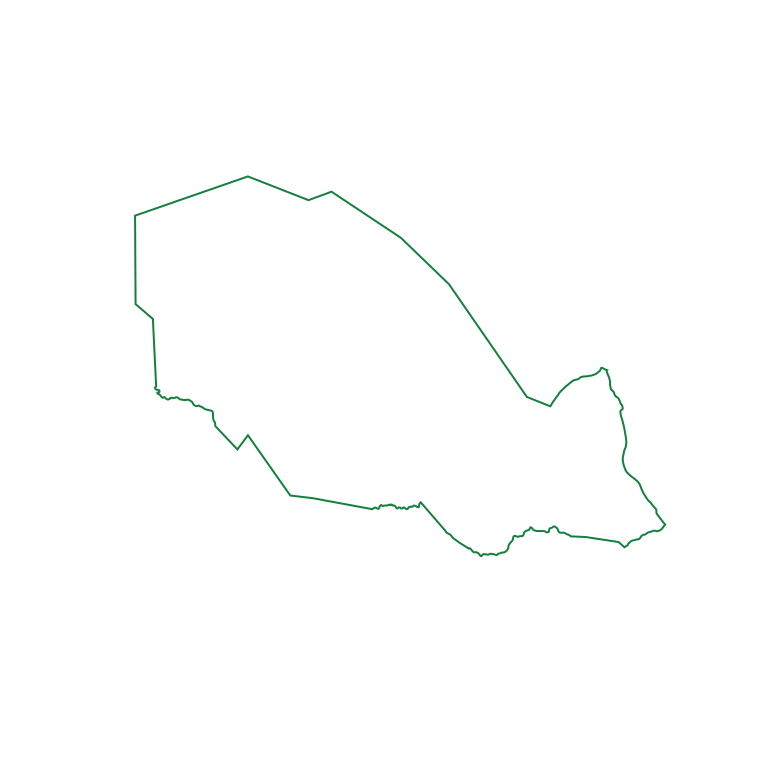 Olá, Coclé, Panama, rotated 141°
{"feature_id": "35544464B52438824154031", "entity_name": "Olá", "entity_type": "district", "adm_level": 2, "iso_a3": "PAN", "parent_name": "Panama", "parent_adm1": "Coclé", "projection": "equal_earth", "projection_center": [-80.675, 8.498], "detail": "fine", "context": "isolated", "style": "outline", "palette": "green", "viewbox_px": 768, "rotation_deg": 141, "n_neighbors": 0, "source": "geoboundaries", "source_scale": "gbopen_adm2", "svg_char_len": 6130}
<svg xmlns="http://www.w3.org/2000/svg" viewBox="0 0 768 768"><g transform="rotate(141 384 384)"><path d="M299.9,105.8L299.0,105.8L296.1,105.4L295.8,105.5L295.1,106.0L294.8,106.1L291.0,106.4L290.5,106.3L289.7,106.1L287.3,104.9L285.5,104.2L284.1,103.3L283.6,103.0L283.0,103.0L281.7,103.2L281.1,103.3L280.3,103.7L279.4,103.9L278.0,103.8L277.6,103.7L276.5,103.0L276.0,102.8L274.5,102.6L272.7,102.5L271.3,102.1L269.6,101.2L267.3,100.6L266.4,100.0L265.9,99.6L264.6,97.9L264.2,97.6L263.6,97.3L262.9,97.0L262.0,96.7L260.2,96.5L259.2,96.6L257.8,96.9L255.9,97.4L254.0,97.7L254.0,98.8L254.0,101.2L253.7,111.3L253.6,112.0L253.3,112.4L251.8,114.5L251.6,115.0L251.4,115.8L251.4,116.6L251.5,118.2L251.6,122.1L251.4,124.0L251.7,125.3L251.9,127.4L251.7,130.7L251.2,134.8L251.0,136.3L250.6,138.0L249.8,140.7L248.7,144.1L248.4,145.3L248.3,146.6L248.3,148.5L248.6,150.7L248.9,152.3L249.7,155.5L250.1,157.3L250.6,160.3L250.7,161.5L250.8,162.6L250.7,163.8L250.4,165.2L250.0,166.6L249.0,169.5L247.7,172.3L246.6,174.2L245.5,175.7L244.0,177.1L241.0,179.6L238.7,181.4L236.3,182.6L235.1,183.5L233.0,185.5L231.6,187.2L229.8,190.0L225.6,197.5L223.6,201.5L221.7,205.6L220.8,207.8L219.9,210.3L218.9,211.8L218.0,213.6L217.5,214.0L216.8,214.3L215.9,214.4L214.7,214.3L214.4,214.3L213.9,214.8L213.3,215.6L212.7,216.9L212.4,217.9L212.3,218.4L212.5,219.2L212.4,219.9L212.2,220.5L211.2,223.4L210.9,224.9L210.9,225.6L211.0,226.2L211.2,227.2L211.6,228.2L211.7,229.2L211.6,229.9L211.4,230.9L210.7,232.5L210.5,233.1L210.6,234.1L210.9,236.6L210.9,237.2L210.6,237.8L208.6,241.5L208.3,241.8L207.6,242.5L207.1,243.1L206.4,244.4L205.3,246.7L205.1,247.3L203.9,251.2L202.9,253.9L202.7,254.2L202.5,254.4L202.0,254.4L203.0,256.2L204.3,259.3L204.5,259.6L204.8,259.7L205.0,259.8L205.3,259.7L207.3,258.6L208.0,258.4L211.5,258.4L213.5,258.6L216.0,259.4L217.4,260.0L219.8,261.4L221.7,262.4L223.8,264.0L225.9,265.2L227.1,265.5L229.4,265.5L230.2,265.6L230.9,265.9L231.9,266.5L235.1,267.7L236.2,267.7L244.7,267.7L247.6,267.4L250.3,267.2L253.2,266.8L253.9,266.6L256.2,265.7L258.0,265.4L261.6,264.3L263.6,263.9L267.9,262.3L268.8,262.0L281.1,284.0L270.7,420.6L278.9,487.0L303.8,566.5L327.0,574.4L359.2,631.0L471.5,671.5L526.8,602.4L522.7,580.1L522.9,579.7L562.6,525.5L563.0,525.4L563.9,525.4L564.4,525.0L564.6,524.6L564.7,524.2L564.7,523.8L564.6,523.3L564.2,522.5L563.5,521.9L563.0,521.2L562.8,520.8L562.8,520.3L562.9,519.8L563.2,519.5L563.6,519.2L564.4,519.4L565.4,519.9L565.7,519.8L565.9,519.4L566.0,519.1L565.9,518.7L565.2,517.5L565.0,517.1L565.0,513.7L564.9,513.2L564.8,512.8L564.5,512.6L563.8,512.3L563.2,512.2L562.8,511.9L562.6,511.3L562.7,510.2L562.6,509.6L562.3,508.8L561.8,508.0L561.6,507.8L561.3,507.7L559.6,507.2L559.2,507.3L558.6,507.6L558.3,507.5L557.9,507.2L557.5,506.4L556.6,505.6L555.2,504.8L554.1,504.6L553.5,504.2L553.2,503.9L553.0,503.4L552.7,502.6L552.4,501.0L552.3,500.6L552.0,500.2L551.1,499.4L550.4,498.4L549.4,497.3L548.2,496.4L546.4,495.3L546.0,495.0L545.7,494.5L545.3,493.8L545.0,492.4L544.5,491.4L544.5,490.3L544.8,489.1L544.9,487.9L544.7,486.8L544.4,485.9L544.0,485.2L543.6,484.7L541.5,483.8L541.3,483.6L541.2,483.2L541.2,482.8L540.0,480.7L539.1,477.8L538.8,476.9L538.1,475.9L535.5,472.6L535.1,472.0L534.8,471.3L534.7,470.5L534.9,469.9L535.3,469.0L536.2,467.8L538.2,465.1L538.7,464.3L539.2,463.2L539.5,462.1L539.6,460.8L539.6,460.4L541.6,457.3L539.1,425.4L522.0,429.8L524.3,395.9L527.0,356.3L511.4,340.3L471.9,294.1L470.1,294.0L469.0,293.7L468.6,293.5L468.2,293.1L467.9,292.1L467.3,291.0L467.0,290.7L466.6,290.5L466.2,290.5L465.9,290.6L465.6,290.8L464.9,291.4L464.0,291.7L463.2,291.8L462.2,291.7L462.1,291.4L462.1,290.5L462.0,290.2L461.8,290.0L459.3,288.7L458.9,288.4L458.3,287.8L458.0,287.5L457.4,287.3L456.6,287.3L456.3,287.2L455.8,286.8L455.5,286.1L455.3,285.9L454.6,285.7L454.2,285.8L453.8,285.4L453.6,284.0L453.1,283.6L452.6,283.1L452.2,282.4L452.2,282.0L452.2,281.4L452.4,280.5L452.4,280.1L452.3,279.5L452.0,279.0L451.8,278.8L450.4,278.8L450.0,278.7L449.6,278.3L449.3,277.8L449.2,276.9L449.0,276.4L448.8,276.2L448.6,276.0L447.9,275.8L446.7,275.9L446.4,275.7L446.1,275.3L445.8,274.2L445.3,272.9L445.1,272.5L444.7,272.2L444.3,272.1L443.8,272.1L443.4,272.2L442.8,272.6L442.1,272.6L441.8,272.5L441.2,272.0L440.3,271.8L440.0,271.3L439.3,270.9L438.8,270.8L437.4,270.8L437.2,270.7L436.7,270.2L436.4,269.4L435.9,268.5L435.6,267.7L435.3,267.2L435.0,266.7L434.6,266.5L434.2,266.6L433.8,267.2L433.2,267.7L432.4,268.0L431.8,268.6L431.2,268.7L430.5,268.9L429.9,268.9L428.7,231.4L428.9,229.9L428.8,228.8L428.5,227.9L427.7,226.3L427.3,225.0L427.2,224.1L427.3,221.9L427.1,219.9L426.9,219.3L426.4,217.7L425.1,212.8L421.7,202.8L421.0,202.7L420.8,202.5L420.7,202.2L420.6,201.8L420.5,201.0L420.3,197.6L420.2,196.9L419.8,196.4L418.9,195.8L418.4,195.4L417.6,194.4L417.3,193.8L417.1,192.5L417.2,190.0L417.1,189.6L416.9,189.3L416.7,189.1L416.4,189.0L414.3,189.3L413.9,189.3L413.7,189.2L412.8,188.4L412.2,187.5L411.8,187.1L410.4,185.8L409.7,185.5L408.5,185.3L408.0,185.0L406.2,183.1L404.4,180.5L404.0,180.1L403.7,180.1L402.8,180.2L401.9,180.2L400.4,179.3L399.4,179.2L398.9,179.0L397.9,178.4L396.9,177.7L395.8,177.3L393.3,177.3L391.4,177.9L391.0,178.0L389.1,179.8L388.5,180.2L387.9,180.5L386.4,181.0L385.9,181.1L385.0,181.1L382.5,181.6L382.0,181.9L379.7,183.7L379.3,183.9L378.8,184.0L378.3,183.9L377.7,183.4L377.2,182.7L376.6,181.6L376.2,181.1L374.1,180.1L373.0,179.4L372.3,178.8L372.0,178.7L371.5,178.7L370.7,178.9L370.2,179.2L369.6,179.8L369.1,180.1L368.3,180.4L367.4,180.6L366.9,180.6L365.9,180.4L363.1,179.4L362.1,179.7L361.1,180.2L360.6,180.4L360.2,180.3L359.9,179.9L359.8,179.7L359.7,179.2L359.8,178.3L359.7,176.7L359.5,176.0L359.1,175.3L358.0,173.9L356.5,172.5L354.5,170.8L353.1,169.8L352.2,169.1L351.6,168.1L351.0,166.5L350.6,166.0L349.6,165.5L348.9,165.5L348.4,165.8L346.9,167.1L346.1,167.5L343.6,166.5L342.2,166.6L341.6,166.4L341.2,166.1L340.9,165.5L340.3,163.4L340.2,162.8L340.3,162.4L340.6,161.5L341.1,159.4L341.2,158.7L341.1,158.3L340.7,157.7L340.3,157.2L338.0,155.5L337.6,155.0L337.0,153.7L336.3,151.9L335.5,150.8L335.3,150.2L334.8,149.1L334.7,148.2L334.6,147.8L333.9,147.3L323.6,138.2L301.1,113.5L299.9,105.8Z" fill="none" stroke="#15803d" stroke-width="2"/></g></svg>